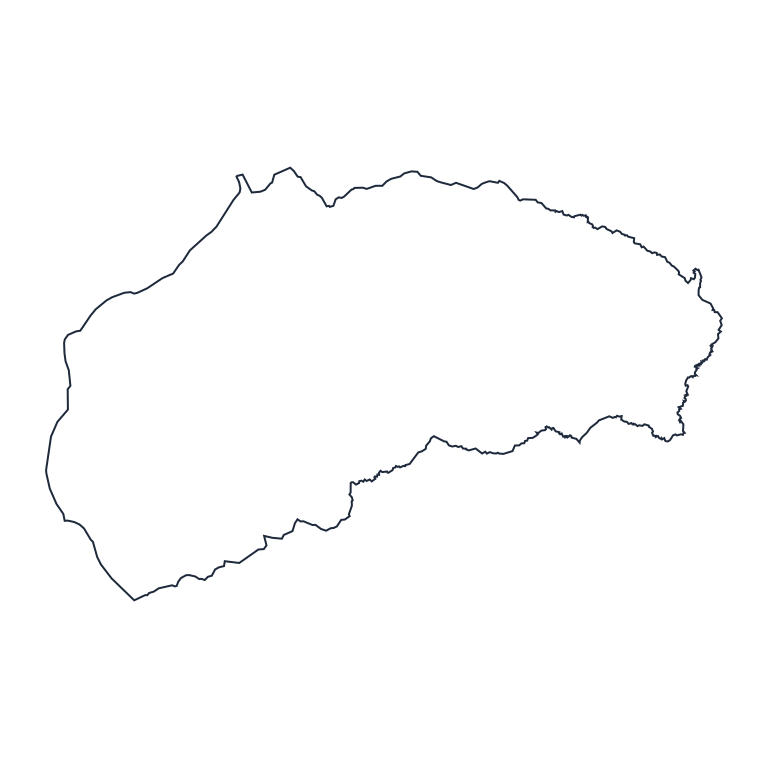 outline of Tenerife, Magdalena, Colombia
{"feature_id": "7082276B5843074032940", "entity_name": "Tenerife", "entity_type": "district", "adm_level": 2, "iso_a3": "COL", "parent_name": "Colombia", "parent_adm1": "Magdalena", "projection": "orthographic", "projection_center": [-74.68, 9.914], "detail": "fine", "context": "isolated", "style": "outline", "palette": "slate", "viewbox_px": 768, "rotation_deg": 0, "n_neighbors": 0, "source": "geoboundaries", "source_scale": "gbopen_adm2", "svg_char_len": 6074}
<svg xmlns="http://www.w3.org/2000/svg" viewBox="0 0 768 768"><path d="M90.6,315.5L80.3,330.7L76.0,331.4L68.0,334.9L64.8,339.4L64.1,343.0L64.5,353.6L65.6,361.4L68.8,370.3L70.4,385.8L67.7,389.2L67.9,409.6L57.4,421.9L51.0,436.6L46.1,470.0L46.4,473.6L49.8,488.6L56.5,504.0L63.3,513.9L64.7,520.8L67.7,520.6L74.2,522.0L79.5,524.5L84.0,528.4L90.7,539.6L92.9,541.8L97.2,557.0L101.0,564.6L111.5,578.3L134.2,600.3L145.2,595.1L147.3,595.2L149.1,593.0L153.8,591.6L158.8,588.3L172.1,585.3L175.0,586.4L176.7,585.9L178.2,581.8L180.9,578.1L186.1,575.2L189.3,575.1L195.3,576.5L199.3,579.1L201.2,578.8L204.8,580.0L207.9,576.8L211.8,575.7L215.1,569.5L219.0,567.3L224.0,566.1L224.8,561.2L239.2,563.0L258.4,549.5L263.8,549.1L266.5,545.4L264.1,535.9L272.3,537.8L281.9,538.7L283.8,534.9L292.5,531.1L294.9,523.3L297.5,519.3L300.5,521.4L303.5,521.3L312.5,525.0L315.5,524.9L321.1,529.0L326.1,530.7L330.8,528.2L333.5,528.0L336.9,526.4L341.2,519.9L344.9,519.5L349.6,516.2L348.9,514.2L351.9,505.7L351.7,501.2L352.7,500.4L351.8,497.2L349.4,494.5L350.6,492.6L350.7,483.1L351.6,482.3L353.1,482.2L356.0,484.6L359.1,483.0L359.3,481.2L361.4,480.7L363.3,481.7L364.7,479.5L366.6,481.0L369.7,479.5L371.7,481.4L375.3,478.8L374.4,477.3L374.8,476.5L377.0,476.7L377.4,474.5L379.1,474.8L379.0,472.7L380.5,470.8L382.3,472.1L387.0,471.5L387.5,472.6L388.5,472.7L392.6,470.1L393.1,468.1L395.3,467.4L396.0,466.0L397.7,466.9L399.0,466.4L400.1,467.4L403.4,465.9L405.2,466.1L405.4,465.1L409.6,464.0L418.3,452.4L421.7,451.4L425.7,448.9L426.2,445.6L429.8,441.4L431.0,438.2L433.9,436.2L444.2,441.4L446.5,441.7L448.9,445.4L452.2,446.5L455.9,445.8L458.2,447.0L461.3,446.2L463.1,448.6L466.2,448.7L466.3,449.5L468.8,450.4L475.6,448.5L482.1,453.5L485.3,451.7L486.9,453.6L489.8,452.1L493.1,453.3L496.3,453.5L497.9,452.7L498.8,453.5L503.4,453.9L512.5,451.1L514.9,445.5L519.1,445.4L521.5,443.4L524.3,443.2L525.0,441.0L527.2,440.6L528.1,438.1L532.7,437.9L536.6,435.4L537.8,434.2L536.6,432.6L538.3,433.0L541.4,430.6L545.1,430.1L546.0,429.2L545.5,427.2L546.7,426.4L548.3,427.6L549.1,427.2L551.6,429.6L552.2,428.2L553.4,427.9L555.6,431.3L559.4,432.2L559.1,433.4L560.1,434.3L561.7,433.5L563.2,436.7L564.6,436.2L565.1,437.4L566.2,436.6L567.3,437.5L567.9,437.0L567.2,436.1L569.1,436.3L570.0,435.3L571.3,436.1L571.6,437.6L576.4,438.9L579.6,442.6L579.8,440.7L582.0,437.3L586.9,432.7L590.3,427.8L596.8,422.8L598.9,420.4L609.3,416.3L612.9,417.9L614.9,416.9L615.9,417.3L617.0,415.8L619.3,416.6L621.7,416.1L621.2,419.6L624.5,421.6L626.8,421.8L628.7,423.9L631.4,423.1L632.4,424.3L633.5,423.7L633.9,424.5L635.0,424.1L637.5,426.1L639.1,425.3L642.5,425.9L644.3,424.3L648.8,425.6L648.9,426.8L651.9,428.8L653.0,431.5L652.1,432.8L653.3,435.8L655.9,435.8L655.8,437.0L657.9,436.0L659.2,438.1L660.7,438.8L661.4,438.0L662.0,439.4L664.3,438.1L665.1,440.6L666.2,441.3L668.1,441.3L670.1,440.0L673.0,435.4L675.4,434.4L676.9,435.4L681.0,434.3L683.0,434.8L683.5,433.0L684.6,432.8L683.0,431.0L683.4,424.3L681.0,421.1L680.1,422.2L679.1,420.2L680.1,419.9L680.0,418.5L681.1,417.9L680.0,415.8L677.8,414.3L677.4,412.6L679.2,411.0L679.1,409.3L680.7,408.8L678.7,407.2L682.9,405.8L683.0,402.9L684.2,402.1L683.8,401.0L685.2,401.4L685.9,400.6L685.7,399.1L684.5,398.0L685.0,396.5L687.1,395.3L685.8,394.9L687.5,394.1L686.3,391.3L688.2,386.4L687.5,385.2L685.7,385.7L685.2,384.0L686.1,380.5L688.0,377.4L689.0,377.6L691.1,376.1L692.6,377.0L692.6,376.2L695.2,375.9L695.2,374.8L696.0,375.0L694.8,373.8L695.0,372.2L696.6,370.0L696.3,369.1L697.6,368.3L696.7,368.1L696.7,367.1L694.8,366.7L695.1,365.8L697.8,364.6L698.2,365.7L699.6,365.6L699.4,363.9L700.9,364.1L700.7,363.1L702.0,362.8L701.5,361.4L702.8,361.7L703.2,360.4L704.4,361.0L705.2,359.1L706.7,359.7L707.7,357.2L710.3,355.0L709.5,354.3L710.1,352.7L712.1,351.6L711.1,351.0L711.9,350.2L711.1,348.7L712.0,347.4L710.8,346.1L712.5,345.7L711.5,344.5L715.4,342.2L718.4,338.4L718.0,334.1L720.8,331.6L718.6,329.9L721.7,325.1L720.2,320.8L721.9,318.3L717.6,312.2L714.7,312.1L714.2,310.1L712.6,310.0L713.2,308.4L710.5,303.5L702.4,299.9L698.6,295.2L698.6,290.2L699.2,287.6L700.1,287.3L700.1,283.2L701.0,280.9L700.4,279.9L701.5,277.3L698.5,269.7L697.4,270.1L695.5,268.7L693.4,270.6L694.7,271.4L693.7,272.8L695.3,273.9L695.0,277.6L693.8,279.2L691.0,278.2L690.6,280.0L688.0,283.0L685.5,280.7L684.7,278.1L678.7,274.3L679.1,272.3L678.3,270.8L673.9,266.5L671.9,265.7L669.5,262.7L667.3,261.8L665.1,257.2L661.7,256.5L659.7,254.4L657.1,254.9L656.7,252.9L654.4,252.4L652.1,253.2L650.3,251.5L647.4,250.8L643.6,246.6L641.7,247.3L640.2,244.3L634.6,243.3L633.8,242.1L634.2,238.2L628.2,236.7L627.0,235.3L625.0,235.5L624.8,234.8L622.0,234.0L620.0,231.7L616.6,230.4L612.5,233.0L611.5,231.3L606.6,229.0L605.3,227.0L602.2,226.4L597.5,229.1L595.1,227.6L593.6,227.9L592.6,227.1L593.0,225.9L592.1,224.3L589.2,223.1L588.4,221.7L587.7,222.0L588.0,217.7L586.6,217.3L587.0,216.7L586.1,216.5L585.8,215.3L583.9,215.8L582.4,214.9L581.5,215.6L580.4,214.7L574.4,216.2L574.0,217.3L571.5,216.9L568.4,214.8L566.9,215.5L563.6,214.6L562.3,211.1L558.9,212.1L556.8,211.1L555.5,211.8L555.1,210.4L550.5,210.4L548.3,208.8L546.3,208.5L541.4,203.0L537.7,202.4L535.7,199.8L523.1,199.3L520.2,200.6L518.7,199.9L517.2,197.0L507.3,185.7L504.1,183.0L499.3,180.9L497.9,182.8L489.6,181.2L486.7,182.0L481.9,183.8L477.6,187.5L473.7,189.0L456.0,182.8L450.9,185.0L440.6,182.3L436.7,181.0L431.3,177.4L420.8,175.8L417.4,171.8L411.4,171.4L404.2,173.4L400.3,176.5L391.2,178.8L386.6,181.4L382.3,185.8L375.6,185.8L366.7,188.9L362.8,187.7L354.5,187.9L353.2,189.2L351.6,189.5L344.1,196.6L341.8,197.9L338.6,197.4L335.7,199.3L333.4,205.8L329.8,206.9L329.0,205.9L326.6,206.3L322.0,198.0L319.7,195.8L317.1,194.7L314.3,191.2L311.9,190.5L306.0,186.3L300.6,177.1L297.7,176.7L293.9,171.1L290.2,167.7L274.3,174.7L272.1,182.6L270.5,183.4L265.1,189.8L260.4,191.7L251.8,192.5L242.6,174.6L237.2,175.9L236.5,176.7L239.1,182.1L240.4,188.4L239.6,192.5L233.5,199.9L216.5,226.6L211.4,231.9L206.5,235.4L189.9,250.4L182.8,261.3L179.0,265.0L173.2,273.5L162.5,278.1L147.2,288.3L137.2,292.9L134.1,293.6L130.5,292.1L124.2,292.8L112.2,297.2L106.5,300.4L95.9,309.1L90.6,315.5Z" fill="none" stroke="#1e293b" stroke-width="2"/></svg>